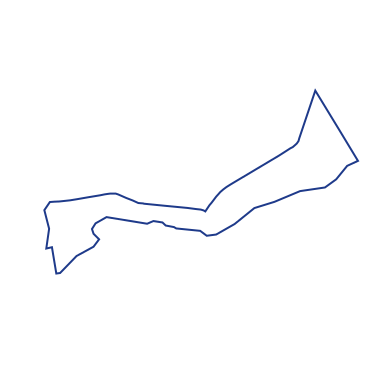 the district of Manyo, Upper Nile, South Sudan, rotated 59°
{"feature_id": "79223893B45725284796006", "entity_name": "Manyo", "entity_type": "district", "adm_level": 2, "iso_a3": "SSD", "parent_name": "South Sudan", "parent_adm1": "Upper Nile", "projection": "equal_earth", "projection_center": [32.292, 11.036], "detail": "fine", "context": "isolated", "style": "outline", "palette": "blue", "viewbox_px": 384, "rotation_deg": 59, "n_neighbors": 0, "source": "geoboundaries", "source_scale": "gbopen_adm2", "svg_char_len": 1050}
<svg xmlns="http://www.w3.org/2000/svg" viewBox="0 0 384 384"><g transform="rotate(59 192 192)"><path d="M192.0,350.3L193.5,346.8L187.4,323.9L188.2,304.6L184.7,296.0L177.1,297.9L172.2,296.8L169.2,290.8L169.5,278.2L196.1,246.8L197.0,240.1L202.9,233.0L207.2,231.8L212.8,225.5L215.1,224.3L229.5,205.0L237.1,201.9L240.9,193.2L241.4,172.0L237.9,146.8L242.9,126.4L246.9,98.9L256.6,75.7L255.4,61.9L249.5,45.5L250.8,33.7L216.0,33.8L168.6,34.1L201.3,72.5L203.2,74.5L204.4,77.2L204.8,79.1L205.4,82.5L205.2,85.1L205.4,91.5L205.6,98.8L205.4,150.1L205.4,155.2L205.5,159.9L205.9,163.8L206.6,167.8L207.5,170.6L208.4,173.6L209.9,177.3L211.3,180.8L212.3,183.8L215.5,190.6L213.8,191.5L211.6,193.5L208.8,197.2L203.4,204.0L190.1,222.0L177.3,239.2L176.6,239.8L173.8,243.7L168.7,247.2L163.3,251.4L156.1,256.5L154.1,258.2L152.5,260.8L151.3,262.8L150.2,265.3L149.0,268.2L147.6,272.2L143.0,283.8L139.1,293.9L136.3,300.9L131.8,310.6L129.4,315.0L127.4,319.0L131.5,327.9L149.9,333.4L165.4,346.0L167.2,340.5L192.0,350.3Z" fill="none" stroke="#1e3a8a" stroke-width="2"/></g></svg>